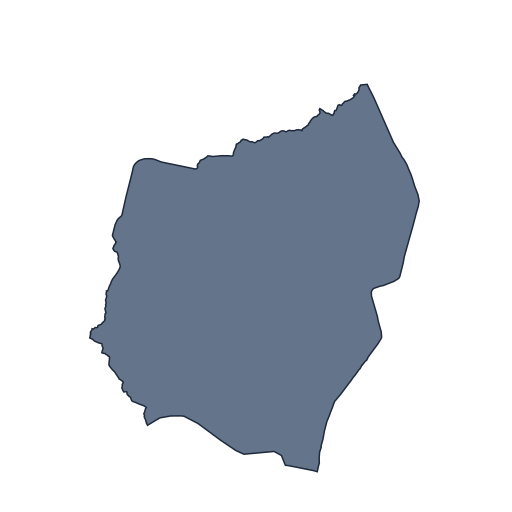 outline of Oudalan, Oudalan, Burkina Faso, rotated 105°
{"feature_id": "67063806B71789570765121", "entity_name": "Oudalan", "entity_type": "district", "adm_level": 2, "iso_a3": "BFA", "parent_name": "Burkina Faso", "parent_adm1": "Oudalan", "projection": "mercator", "projection_center": [-0.376, 14.623], "detail": "fine", "context": "isolated", "style": "filled", "palette": "slate", "viewbox_px": 512, "rotation_deg": 105, "n_neighbors": 0, "source": "geoboundaries", "source_scale": "gbopen_adm2", "svg_char_len": 6098}
<svg xmlns="http://www.w3.org/2000/svg" viewBox="0 0 512 512"><g transform="rotate(105 256 256)"><path d="M447.6,317.0L437.2,306.9L432.6,297.0L429.9,287.3L429.4,284.1L432.8,268.7L443.4,241.8L449.1,225.1L450.6,216.4L440.1,187.9L442.1,179.8L450.5,173.5L450.1,170.3L448.4,144.6L448.5,141.0L443.2,141.3L439.8,141.2L434.4,142.8L428.8,143.8L424.1,143.5L422.0,144.0L415.7,143.9L407.7,144.6L397.8,144.7L390.6,143.8L387.6,143.6L383.0,143.0L379.6,142.8L376.2,142.4L367.8,138.5L350.5,131.5L349.0,131.1L345.6,129.5L338.9,127.0L337.9,126.3L333.8,125.4L333.8,125.1L329.3,123.2L328.0,122.1L324.5,121.5L308.7,115.3L303.8,113.9L302.0,113.6L297.1,115.3L287.4,121.0L282.8,123.2L264.8,134.1L261.0,135.3L258.3,134.9L256.5,133.5L252.9,128.1L251.6,125.4L244.9,116.3L240.7,112.3L238.8,111.8L225.2,112.0L218.1,112.6L185.6,112.2L173.2,112.3L166.1,112.1L161.9,112.5L160.8,112.5L154.7,115.5L147.5,120.8L140.1,125.4L137.3,127.3L132.4,131.2L129.1,133.6L124.2,138.4L123.2,140.1L119.2,143.6L110.7,152.6L72.4,183.3L63.5,191.3L61.4,193.0L63.8,199.3L65.2,199.5L66.2,200.0L67.1,200.1L68.3,199.6L69.6,199.6L71.4,200.0L73.2,200.8L73.6,201.2L73.8,202.6L74.0,202.8L75.6,203.3L75.6,202.2L76.2,202.4L77.8,203.0L79.2,204.2L81.0,205.8L81.3,206.5L82.8,208.2L83.1,208.7L83.1,209.1L83.5,209.9L84.4,210.6L85.4,211.0L86.8,211.9L87.7,212.1L88.3,212.2L88.6,212.8L88.3,213.9L88.3,214.3L88.4,214.7L89.0,215.7L89.4,215.8L93.2,216.1L94.4,216.3L94.8,216.5L95.0,217.0L95.1,217.5L96.2,217.6L96.7,217.8L97.8,217.4L98.2,217.5L98.6,217.9L99.1,218.1L99.9,218.1L100.3,218.5L100.3,219.1L100.1,220.1L100.2,220.5L99.7,221.5L99.4,223.0L99.6,224.0L99.9,224.9L99.2,226.7L98.9,227.7L98.8,228.0L98.2,228.6L98.0,229.8L97.2,232.0L97.1,232.5L98.6,232.8L99.0,232.2L101.3,231.2L101.7,231.3L102.8,231.8L104.5,233.0L105.3,233.2L105.5,233.5L106.4,235.4L107.1,236.1L108.0,236.8L108.9,237.3L111.9,238.6L112.7,238.5L113.7,239.1L114.6,239.4L115.8,239.5L116.3,239.7L117.0,240.5L118.0,241.1L118.6,241.7L119.1,241.9L119.8,242.8L120.4,243.1L120.8,243.4L121.0,243.8L122.4,244.1L123.0,244.1L122.6,245.2L123.0,246.2L123.0,247.7L123.7,249.5L123.8,249.8L125.2,251.5L125.2,252.5L125.5,252.9L125.9,255.3L125.9,256.1L126.3,257.0L128.2,259.0L128.3,259.7L128.0,261.2L128.2,262.8L128.4,263.3L128.8,264.0L129.6,264.9L130.3,265.2L131.1,266.1L131.7,266.5L132.5,270.2L134.0,272.0L138.0,274.6L137.8,275.8L138.6,276.8L138.9,278.6L139.3,279.2L140.7,279.6L141.4,280.3L142.0,280.5L142.3,280.8L142.7,281.5L143.2,281.9L143.9,282.6L143.9,283.4L144.2,284.2L145.2,284.9L145.9,285.3L146.5,285.9L146.9,286.6L146.9,287.4L146.7,289.0L146.7,289.8L147.2,290.7L147.1,292.1L146.3,295.0L146.4,295.8L146.6,297.0L146.4,297.6L146.5,298.5L146.6,298.9L147.2,299.0L147.6,299.5L147.6,299.8L148.1,300.3L148.4,300.4L148.8,300.3L149.6,300.5L151.3,302.1L152.2,302.6L152.7,303.5L153.2,304.0L153.7,303.8L154.3,303.8L154.8,303.9L155.5,303.6L159.0,304.2L161.9,304.5L163.3,304.3L163.7,304.2L164.4,304.1L165.3,304.6L165.7,305.3L166.0,306.4L166.3,308.6L168.0,315.1L171.1,323.5L171.4,326.8L171.9,328.7L172.8,329.1L173.2,329.3L174.5,330.5L176.1,331.8L176.8,332.9L178.1,334.6L179.6,334.8L180.8,335.1L181.3,335.5L182.1,336.0L183.4,336.1L184.4,336.0L185.1,335.3L186.0,335.4L187.0,336.0L187.6,336.9L187.7,337.3L189.7,371.9L189.0,377.8L188.9,380.5L189.3,383.0L190.8,388.5L192.4,391.3L194.4,394.1L196.8,395.8L199.0,396.9L201.4,397.5L205.9,397.3L214.2,397.1L231.6,396.9L246.6,396.3L250.3,396.1L251.5,396.2L252.5,396.6L254.9,398.3L256.1,398.9L257.4,399.4L262.2,400.2L273.4,400.0L274.0,399.6L276.4,397.3L277.3,396.1L278.0,395.7L278.7,394.6L279.0,394.9L279.6,395.0L280.1,394.9L280.9,395.2L281.4,395.5L282.0,395.5L282.8,395.9L283.2,395.8L284.6,396.0L285.5,396.2L285.8,396.2L286.2,395.9L286.8,395.1L287.2,395.0L287.8,393.9L288.1,393.7L288.2,391.2L289.0,390.7L289.6,390.1L290.0,389.9L290.6,389.8L291.0,389.3L291.2,389.2L291.5,389.0L291.9,388.7L292.9,388.7L293.9,388.5L295.2,388.1L296.7,387.3L298.2,386.1L300.8,384.5L302.2,384.4L304.8,384.8L308.4,385.8L311.9,387.1L315.3,388.5L318.0,389.1L320.4,389.3L323.7,389.9L327.0,390.1L328.5,390.7L328.5,391.3L329.0,391.1L330.2,391.2L330.7,391.0L331.6,391.0L332.1,390.7L332.7,390.1L333.8,389.8L335.4,389.7L337.1,389.9L337.8,389.8L338.4,389.5L339.2,388.9L340.2,388.8L340.7,388.5L341.0,388.5L342.0,388.7L342.6,388.3L343.2,388.1L344.2,388.1L344.6,388.2L345.8,388.3L346.3,388.2L347.3,387.4L347.9,387.3L348.7,386.8L349.1,386.5L350.1,386.2L350.8,386.8L351.9,386.6L354.3,386.3L355.3,385.5L355.7,385.5L356.4,385.8L357.1,385.4L357.9,385.6L358.3,385.9L360.0,386.9L360.7,387.3L361.9,387.6L362.9,388.9L363.6,390.2L364.1,390.6L364.8,390.7L365.9,390.5L366.4,391.3L366.7,392.8L367.2,393.2L368.1,393.7L368.6,394.1L368.6,395.5L369.3,395.5L370.4,395.5L372.1,396.2L373.3,396.1L373.6,395.9L373.5,395.6L374.4,395.3L375.2,395.7L375.7,395.5L376.4,395.4L378.2,395.4L378.2,394.3L378.6,393.7L378.6,393.4L378.6,392.4L378.7,392.1L379.3,391.3L379.8,390.4L380.2,388.9L380.2,388.0L380.5,386.6L380.7,384.6L380.6,382.4L381.0,381.9L382.5,381.5L384.6,379.8L386.3,379.9L387.5,380.0L388.9,380.0L389.3,379.9L389.5,379.6L389.5,378.2L389.4,377.8L389.4,377.0L389.2,376.6L389.4,376.1L389.9,375.6L390.0,375.3L390.2,373.7L390.3,373.5L390.8,373.2L391.3,371.4L391.7,371.2L392.5,371.2L393.0,371.1L393.9,370.7L394.9,370.7L397.8,370.2L399.4,369.8L400.6,368.6L401.7,367.1L403.1,365.2L404.3,362.9L407.5,359.2L408.4,358.3L408.6,357.9L409.3,357.2L410.3,356.3L410.4,355.5L410.8,354.4L411.1,353.4L411.9,352.1L411.9,351.8L412.4,351.6L412.8,351.5L413.5,351.7L414.6,351.9L415.2,351.9L416.0,351.5L417.1,351.5L418.3,351.4L418.5,351.3L418.9,350.8L420.2,349.9L421.5,348.5L421.3,347.8L420.9,347.0L420.7,346.2L420.7,345.8L421.1,345.2L421.4,345.1L422.5,345.0L423.5,344.1L423.5,343.6L423.8,343.0L424.6,342.2L424.6,341.5L425.0,340.6L425.5,340.2L425.9,340.1L427.8,338.7L428.2,338.1L428.4,337.4L428.6,334.3L429.0,332.4L429.3,329.9L429.6,326.0L429.8,325.1L430.7,322.8L431.6,323.0L432.1,323.2L433.8,323.3L435.3,323.1L435.6,323.1L435.9,323.3L436.8,323.5L437.5,323.5L439.0,322.4L439.4,322.3L440.1,322.4L440.5,322.2L443.2,320.0L443.9,319.6L444.5,319.4L445.0,318.9L445.4,318.7L445.9,318.5L446.4,318.1L446.9,317.5L447.6,317.0Z" fill="#64748b" stroke="#1e293b" stroke-width="1.5"/></g></svg>